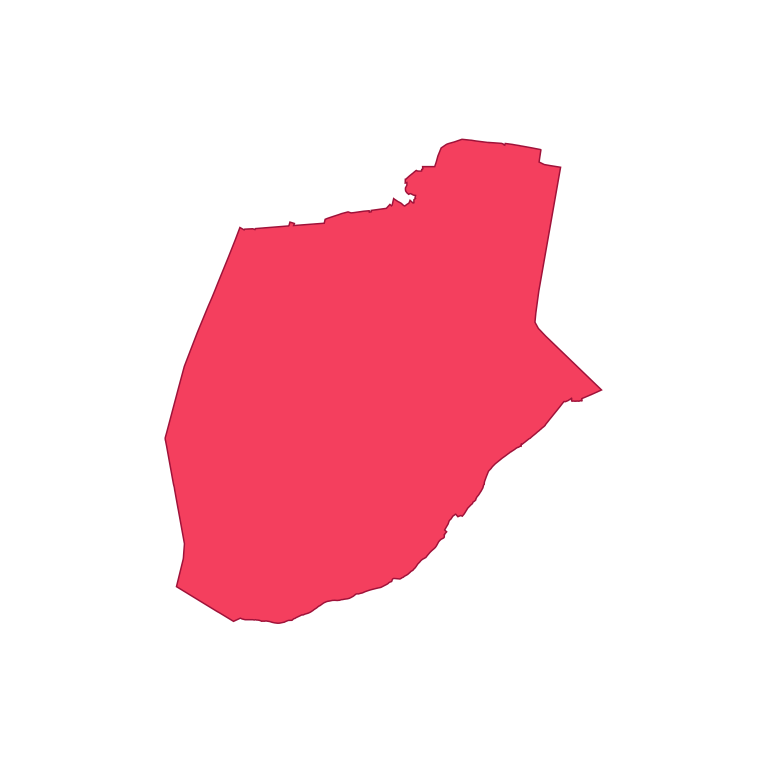 the district of Putten, Gelderland, Netherlands, rotated 116°
{"feature_id": "6326949B51712593029149", "entity_name": "Putten", "entity_type": "district", "adm_level": 2, "iso_a3": "NLD", "parent_name": "Netherlands", "parent_adm1": "Gelderland", "projection": "orthographic", "projection_center": [5.573, 52.248], "detail": "fine", "context": "isolated", "style": "filled", "palette": "rose", "viewbox_px": 768, "rotation_deg": 116, "n_neighbors": 0, "source": "geoboundaries", "source_scale": "gbopen_adm2", "svg_char_len": 6075}
<svg xmlns="http://www.w3.org/2000/svg" viewBox="0 0 768 768"><g transform="rotate(116 384 384)"><path d="M111.8,320.3L114.8,330.2L116.5,336.1L116.5,341.9L111.9,343.4L104.8,345.6L104.7,346.1L105.0,347.3L105.6,349.5L106.9,354.4L109.4,363.3L110.2,365.9L110.3,366.6L111.8,371.5L112.3,373.4L113.1,375.8L114.4,379.7L114.7,380.5L116.4,380.2L116.4,381.5L116.0,382.2L116.2,383.8L116.5,384.6L120.8,395.3L120.9,395.2L121.1,395.7L125.4,408.3L126.5,412.0L127.2,413.8L129.4,419.9L129.9,421.2L134.4,425.7L135.6,426.9L138.8,430.5L140.4,432.2L141.1,432.8L141.7,433.2L146.8,436.1L155.5,435.5L159.7,434.7L161.9,434.3L164.3,434.0L166.4,433.7L171.7,444.6L172.1,444.4L172.9,443.8L173.1,443.6L174.1,443.5L174.6,444.2L175.6,443.7L176.0,443.6L176.6,444.4L177.6,446.4L177.6,446.6L177.8,447.0L177.9,447.5L177.9,448.6L178.6,449.0L186.0,452.4L188.7,453.5L190.3,454.1L190.6,454.6L194.1,453.0L192.9,451.8L193.6,451.4L195.2,450.6L196.7,450.6L197.9,450.7L198.6,450.6L199.3,450.2L199.6,450.1L201.0,449.2L201.6,448.2L202.2,447.0L202.5,445.7L202.7,445.1L202.7,444.9L202.3,444.7L201.4,443.9L201.3,443.4L201.2,443.1L201.2,442.7L201.3,440.8L201.3,440.5L201.3,440.2L200.7,438.3L203.1,437.7L203.3,437.1L203.7,437.2L205.2,437.9L206.3,437.4L208.0,436.6L208.4,437.0L208.6,437.4L208.5,437.6L207.5,441.1L208.6,441.0L209.9,440.9L210.7,441.0L212.6,442.2L214.6,443.2L214.9,443.4L215.0,443.7L215.0,444.0L214.8,445.2L214.6,446.0L214.1,447.4L213.9,449.8L213.9,450.7L213.9,451.5L213.7,452.6L213.7,453.0L213.5,454.0L213.4,455.3L213.3,455.9L213.2,456.1L213.1,456.6L219.6,455.1L220.6,455.4L220.0,457.4L223.4,458.4L225.1,458.9L233.6,471.6L234.7,470.9L236.0,472.5L234.8,473.3L237.6,478.0L243.3,486.4L244.6,488.5L244.8,489.5L245.0,491.5L245.2,491.9L249.6,497.0L251.3,498.6L257.2,504.7L260.0,507.5L261.8,509.1L265.7,508.2L281.2,534.7L279.0,534.9L279.7,539.5L283.6,538.8L283.5,538.6L300.7,567.7L301.8,567.7L302.0,570.0L305.9,577.1L306.8,577.3L306.5,582.1L319.4,580.9L339.0,579.4L358.6,578.1L366.0,577.6L374.0,577.0L381.9,576.5L391.2,576.1L419.9,574.3L436.3,572.9L455.7,571.2L479.0,566.7L523.2,558.0L528.1,557.1L528.7,556.9L530.2,556.0L530.2,555.9L535.1,552.2L562.5,532.1L566.3,529.3L568.9,527.1L571.0,525.7L573.0,524.2L574.8,522.9L586.0,514.7L587.3,513.7L615.1,493.3L624.7,489.5L627.6,488.3L629.3,487.7L657.1,481.7L661.5,435.7L661.7,433.4L661.7,432.5L662.0,429.1L663.3,415.2L658.0,410.9L657.6,410.6L657.4,410.2L657.4,409.9L657.4,408.5L657.1,407.3L656.8,405.7L656.4,404.8L653.4,398.7L653.2,398.2L653.1,397.4L652.9,397.0L652.3,396.4L652.2,396.0L652.0,395.1L651.4,393.7L651.1,392.6L650.9,391.4L650.9,390.8L650.9,390.0L650.3,389.1L649.6,387.5L648.7,386.2L647.6,382.6L647.2,379.9L646.6,377.5L645.7,374.9L645.0,373.5L644.4,372.6L641.6,369.0L640.8,368.5L638.5,366.4L638.3,366.1L636.8,363.3L636.5,363.0L634.9,362.4L634.5,362.2L634.2,361.8L633.8,361.3L632.7,360.7L628.7,357.5L627.7,356.8L627.4,356.5L627.2,355.6L625.4,354.1L623.8,352.3L623.0,351.5L621.4,350.2L620.0,349.3L619.7,349.2L618.8,348.6L617.6,348.1L614.8,346.4L612.3,345.3L611.6,344.6L610.9,344.2L607.7,342.5L606.9,342.0L605.7,341.0L605.0,340.4L604.4,339.8L603.9,339.2L603.0,337.9L601.8,336.4L601.1,335.5L600.4,334.2L600.1,333.7L599.4,332.0L599.1,331.2L598.9,330.8L598.7,330.6L597.9,329.2L597.5,328.8L596.9,328.1L596.3,327.5L596.0,326.8L594.8,325.3L593.0,322.6L592.4,321.9L591.8,321.2L590.4,320.1L588.7,318.9L588.1,318.5L585.3,317.2L584.7,316.7L584.4,316.2L584.0,315.2L583.9,315.0L582.4,313.3L581.2,311.8L578.9,309.9L575.8,306.8L574.1,304.9L570.9,301.1L570.0,300.0L568.4,297.9L568.0,297.5L562.3,293.3L561.4,292.8L560.7,292.6L560.2,292.4L559.2,291.6L558.5,290.9L558.2,290.6L557.9,290.6L557.3,290.6L556.4,290.8L555.7,290.8L555.3,290.6L554.8,290.3L554.4,289.8L554.2,289.3L552.4,284.6L552.3,284.3L551.9,283.9L551.5,283.6L550.8,283.2L550.4,283.0L550.1,282.8L549.6,282.3L549.1,281.9L547.9,281.4L545.8,279.9L544.7,279.2L541.8,278.0L540.6,277.6L540.0,277.2L539.1,276.6L538.6,276.3L537.4,276.1L536.2,275.6L534.5,275.2L533.1,275.0L531.5,274.8L530.9,274.7L528.2,273.8L526.5,273.4L525.4,272.9L524.7,272.6L523.8,271.9L521.9,270.6L521.7,270.4L520.9,270.2L519.3,269.9L515.3,268.9L512.8,268.0L510.0,266.8L508.4,266.2L506.4,265.9L501.9,265.7L501.1,265.5L500.0,265.2L499.0,264.8L498.4,264.5L497.2,263.6L496.2,262.9L495.4,262.7L494.3,263.1L493.3,263.6L492.9,263.5L492.8,263.8L489.4,262.9L488.6,265.5L485.4,265.3L481.7,265.0L478.8,265.4L478.0,265.3L477.1,265.1L476.2,264.7L475.9,264.6L472.7,264.2L471.5,263.6L471.0,263.3L469.7,262.7L469.6,262.4L469.7,262.1L470.6,260.1L470.8,259.6L470.9,259.4L470.7,259.2L470.3,259.0L470.1,258.8L468.5,257.2L468.5,255.7L465.8,255.0L464.2,254.8L460.0,254.4L459.2,254.4L454.6,252.9L453.0,252.2L452.5,252.1L451.2,252.2L450.6,251.9L449.6,251.3L449.0,251.1L448.1,250.8L447.8,250.7L447.0,251.1L446.2,251.0L445.4,251.0L444.4,250.9L442.6,250.4L440.6,250.1L439.1,250.0L438.2,249.8L434.1,249.6L433.4,249.7L430.9,250.3L431.0,250.4L430.4,249.9L428.3,250.7L427.2,250.9L422.6,251.4L417.1,251.8L416.6,251.8L416.0,251.7L412.9,250.7L411.6,250.5L410.4,250.2L406.9,249.0L398.9,245.3L395.4,243.4L393.0,242.2L390.4,240.8L389.9,240.7L389.5,240.4L389.3,240.1L388.5,239.7L387.7,239.2L385.0,237.6L384.3,237.4L383.5,236.8L382.8,236.4L382.4,236.1L382.0,235.5L381.9,235.4L381.1,234.9L380.2,234.3L380.1,234.2L379.9,233.6L379.3,234.1L379.1,234.1L378.9,233.8L378.7,233.9L377.8,234.3L377.5,234.1L377.5,233.4L377.3,233.3L369.6,229.6L368.8,228.9L366.5,228.0L365.7,227.6L365.3,227.5L364.1,226.9L363.3,226.5L363.2,226.5L362.8,226.3L362.2,226.0L359.7,225.0L357.9,224.1L356.7,223.7L355.6,223.1L354.4,222.7L353.4,222.2L351.9,221.5L350.5,221.0L350.0,221.1L343.6,219.7L331.9,217.0L329.7,216.5L325.1,215.5L320.9,214.6L320.7,214.3L320.6,213.6L320.5,213.4L319.7,212.6L319.1,212.1L318.9,211.9L318.5,211.5L316.1,210.0L314.6,209.3L314.6,209.1L315.3,208.7L316.2,208.4L316.9,208.0L317.0,207.8L317.0,207.4L316.9,207.3L316.6,206.9L316.2,206.1L315.8,204.9L314.5,202.6L314.0,201.3L313.8,201.0L313.1,200.4L312.7,200.1L312.5,199.6L312.7,199.3L312.2,198.7L310.4,199.8L301.4,192.0L294.0,185.9L270.1,259.7L266.4,269.6L262.3,275.4L253.5,278.7L232.6,285.6L111.8,320.3Z" fill="#f43f5e" stroke="#9f1239" stroke-width="1.5"/></g></svg>